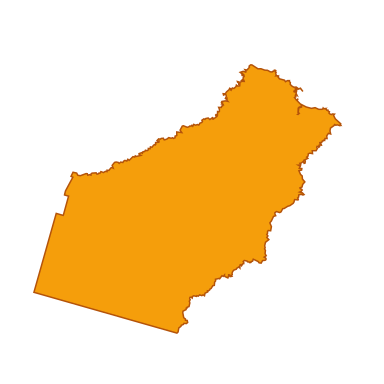 Burnie, Tasmania, Australia, rotated 16°
{"feature_id": "25037944B77423054355343", "entity_name": "Burnie", "entity_type": "district", "adm_level": 2, "iso_a3": "AUS", "parent_name": "Australia", "parent_adm1": "Tasmania", "projection": "robinson", "projection_center": [145.868, -41.196], "detail": "fine", "context": "isolated", "style": "filled", "palette": "amber", "viewbox_px": 384, "rotation_deg": 16, "n_neighbors": 0, "source": "geoboundaries", "source_scale": "gbopen_adm2", "svg_char_len": 5957}
<svg xmlns="http://www.w3.org/2000/svg" viewBox="0 0 384 384"><g transform="rotate(16 192 192)"><path d="M210.0,69.3L209.1,70.8L211.1,70.3L211.7,71.3L209.5,71.8L207.9,73.3L205.2,73.3L205.6,73.9L206.6,74.0L207.2,75.5L208.2,74.8L208.6,76.8L206.8,77.6L205.2,77.0L205.3,78.4L203.8,80.9L202.1,80.9L201.5,83.4L201.1,83.2L201.1,82.1L199.6,81.9L199.5,83.3L197.6,86.2L196.9,88.5L194.9,88.9L195.6,90.1L197.0,89.0L198.0,89.3L198.7,90.7L198.3,92.9L199.2,93.2L199.8,92.4L200.4,94.3L201.5,95.0L198.9,95.2L195.8,96.7L195.6,97.7L196.7,98.0L196.2,99.2L197.9,99.2L198.2,99.7L197.4,100.0L197.6,100.9L196.8,101.4L196.9,102.6L194.3,103.3L195.5,104.8L196.1,107.0L195.6,107.6L194.4,107.6L195.2,110.8L193.8,110.9L193.5,111.5L193.9,112.1L195.2,112.0L195.2,112.5L192.3,116.1L191.8,116.1L191.6,114.9L191.2,114.8L189.2,117.4L187.2,116.4L184.9,117.6L184.4,118.7L183.3,118.4L181.7,120.3L182.6,121.2L182.3,122.4L180.5,123.8L180.4,125.2L179.9,125.8L178.8,125.6L176.9,126.8L175.0,126.5L174.6,128.6L173.5,127.9L172.9,129.0L171.8,129.1L170.9,130.3L169.6,131.1L165.5,130.7L164.5,131.3L163.5,135.8L165.8,137.7L160.8,138.5L161.8,141.9L160.3,143.0L160.8,144.5L159.4,145.6L158.4,145.2L157.1,146.1L154.7,146.1L153.2,148.1L151.3,149.4L150.6,149.4L149.7,148.2L147.6,149.0L146.9,150.0L145.3,150.1L144.2,152.2L145.4,152.7L146.3,152.2L146.4,153.3L143.4,154.5L144.0,156.1L143.7,156.9L142.9,156.7L142.1,157.7L141.2,160.0L139.6,160.1L139.8,161.9L138.0,162.2L138.4,163.5L137.4,164.7L135.7,164.7L135.4,166.1L133.8,166.8L133.6,168.3L133.0,167.9L130.5,169.7L130.8,170.4L132.8,170.9L128.6,173.2L127.5,172.9L127.3,174.2L125.5,174.3L122.9,178.9L121.3,178.2L120.8,180.2L118.8,180.1L117.8,181.2L117.4,182.7L115.2,182.9L114.1,184.6L113.0,183.9L110.8,184.1L109.4,184.9L107.9,188.4L109.7,190.8L108.3,190.6L107.4,191.2L106.2,194.1L104.3,194.5L104.7,195.8L103.1,196.0L101.5,197.7L98.8,197.5L98.3,199.4L97.3,199.5L96.5,200.8L95.7,201.0L94.6,200.0L90.7,201.4L89.9,202.6L90.2,203.6L88.7,203.6L87.2,204.6L86.3,203.3L85.1,203.5L80.2,207.1L77.6,207.4L75.9,205.6L72.2,205.8L71.4,210.3L73.4,210.6L70.1,225.8L70.2,229.5L70.3,230.0L74.5,230.0L74.7,248.6L74.6,250.0L67.4,250.0L67.7,332.0L216.4,331.8L217.2,330.4L216.8,326.3L218.4,324.2L218.4,323.1L220.2,321.7L220.5,320.5L222.9,320.0L223.8,318.6L222.8,316.8L221.1,317.1L220.7,315.9L218.7,315.1L216.4,310.6L216.2,309.0L218.7,306.7L218.5,305.2L219.2,304.9L219.1,304.1L220.7,303.0L220.5,299.2L219.5,297.7L220.0,296.1L219.2,295.4L219.0,293.9L220.1,293.3L221.4,293.9L221.3,292.3L222.2,291.3L225.1,291.1L225.3,290.3L226.7,290.4L227.7,288.8L230.0,288.9L231.0,287.8L232.6,288.3L232.4,285.7L234.6,283.8L234.1,282.7L235.0,282.6L236.0,281.2L236.0,280.4L237.0,279.4L237.8,276.4L239.2,275.6L238.6,272.4L239.2,270.9L238.6,269.4L241.9,267.6L242.5,267.8L243.9,264.2L245.3,264.5L246.1,262.9L246.3,263.7L247.0,264.2L250.1,264.7L250.0,263.9L250.6,263.5L250.0,261.5L251.1,261.3L251.4,262.3L252.4,262.7L253.6,262.0L252.8,261.5L253.5,260.3L252.9,259.1L253.0,257.2L253.8,255.5L255.9,254.0L256.0,253.1L257.7,251.1L259.0,251.9L258.2,249.0L259.0,248.3L260.0,249.2L260.6,247.0L261.5,246.6L261.2,245.5L260.4,244.9L261.1,243.4L263.9,243.2L264.6,243.8L266.6,243.6L267.1,244.0L268.1,243.4L268.0,242.6L269.3,241.8L269.4,239.7L274.7,240.6L276.0,241.6L278.1,241.3L278.7,238.5L281.1,237.5L281.7,236.7L281.6,235.8L280.9,235.1L279.3,234.7L280.9,232.8L279.2,231.1L278.7,227.9L277.4,226.6L277.7,225.5L276.7,223.7L276.5,220.1L279.0,216.6L276.4,215.1L277.1,213.3L275.6,212.2L276.0,210.9L275.5,209.3L275.9,208.0L278.3,207.6L277.9,203.4L275.3,200.2L276.3,198.0L277.1,193.0L279.0,191.7L277.7,190.2L277.4,189.0L278.6,187.5L282.0,187.6L283.1,186.5L283.8,183.0L285.1,182.5L288.0,179.3L289.8,178.2L292.4,175.0L292.8,173.6L292.7,171.0L296.1,170.4L296.2,169.7L295.2,168.6L295.9,167.4L295.4,165.4L297.5,164.2L299.5,164.3L300.4,163.6L298.4,162.4L295.5,162.4L296.7,161.4L297.4,159.7L296.6,159.1L295.3,159.1L294.6,158.3L296.4,156.9L296.3,154.2L297.7,151.2L294.6,149.1L293.5,146.2L291.5,145.2L288.9,142.1L291.3,140.7L291.1,139.2L288.6,139.7L289.0,137.4L286.8,136.9L289.0,136.2L289.0,135.7L287.8,134.7L289.1,134.0L290.5,131.9L291.9,133.6L292.7,133.1L292.4,131.0L291.1,130.4L294.1,127.7L292.6,126.9L293.6,125.5L293.3,123.2L294.5,122.2L297.3,121.9L296.2,119.2L299.9,118.1L300.5,115.7L299.6,114.8L299.6,113.7L300.8,113.4L301.5,114.1L302.1,113.3L301.2,112.7L301.3,111.9L303.5,111.3L302.9,110.4L301.8,110.3L301.3,109.3L303.0,108.6L303.2,107.1L303.9,106.9L304.1,106.0L305.3,105.9L305.1,103.9L307.1,103.4L306.0,100.9L307.0,98.0L309.3,98.0L307.8,95.3L307.5,92.4L310.3,88.9L310.6,88.1L310.1,87.5L311.7,88.2L313.3,87.4L315.9,87.5L316.0,86.7L316.6,86.7L315.9,86.0L316.1,85.4L309.6,82.2L306.9,79.3L307.5,77.9L305.4,78.3L304.7,79.1L303.4,79.1L301.4,78.1L301.9,78.2L302.0,77.0L300.6,76.7L300.1,75.8L299.0,76.2L298.2,75.4L296.9,75.4L297.2,75.0L295.6,75.6L294.9,75.1L294.8,76.2L293.9,76.8L291.0,77.6L287.1,77.0L283.7,78.7L278.4,78.8L273.4,77.8L273.9,80.2L271.5,81.7L272.2,86.3L273.4,86.8L272.6,88.2L272.2,88.2L273.2,86.8L272.0,86.3L271.0,82.1L271.7,80.8L273.4,79.9L273.4,79.1L272.9,78.1L267.6,75.1L268.2,74.0L268.0,73.7L267.4,74.7L266.8,74.7L264.5,72.9L265.6,71.8L264.8,71.0L264.8,69.8L265.3,69.4L265.7,69.9L266.3,70.1L264.8,68.4L264.7,67.1L262.7,67.6L262.2,67.0L262.8,66.4L264.7,66.3L264.6,65.8L263.0,65.2L264.7,65.5L263.0,64.8L262.9,64.4L263.4,64.4L262.8,63.8L264.7,64.6L265.2,63.5L265.9,63.8L267.6,62.5L270.9,64.8L267.6,62.3L266.1,63.5L263.3,62.4L261.0,63.2L258.5,62.5L256.7,61.4L256.4,59.7L254.7,58.6L254.8,58.1L253.1,58.6L251.4,60.2L250.1,59.0L244.8,59.1L243.4,57.9L243.2,56.9L242.8,57.4L242.3,56.7L240.6,57.2L240.8,56.7L239.5,54.3L239.8,53.8L239.0,53.4L239.1,52.2L238.5,52.0L237.5,52.2L237.2,53.5L236.3,53.8L236.0,54.5L234.2,54.9L231.0,54.2L228.4,54.8L224.3,54.5L221.5,55.4L214.5,53.3L213.2,53.7L212.2,55.3L212.8,56.3L211.5,59.0L211.1,59.6L209.2,59.8L210.6,61.0L210.6,61.9L207.9,61.9L205.3,63.7L207.3,64.5L208.0,66.1L208.7,65.9L208.3,64.5L209.6,65.1L210.3,66.7L209.6,67.3L210.0,69.3Z" fill="#f59e0b" stroke="#b45309" stroke-width="1.5"/></g></svg>